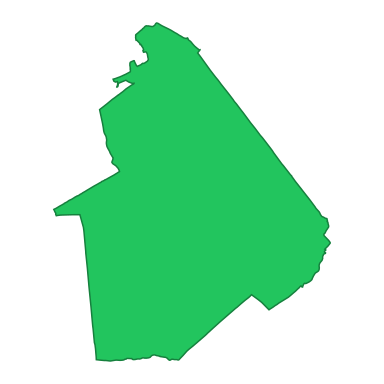 Movileni, Olt, Romania (Mercator projection)
{"feature_id": "2599482B98739710424204", "entity_name": "Movileni", "entity_type": "district", "adm_level": 2, "iso_a3": "ROU", "parent_name": "Romania", "parent_adm1": "Olt", "projection": "mercator", "projection_center": [24.631, 44.384], "detail": "fine", "context": "isolated", "style": "filled", "palette": "green", "viewbox_px": 384, "rotation_deg": 0, "n_neighbors": 0, "source": "geoboundaries", "source_scale": "gbopen_adm2", "svg_char_len": 5833}
<svg xmlns="http://www.w3.org/2000/svg" viewBox="0 0 384 384"><path d="M179.9,358.7L183.0,355.5L186.8,351.2L188.8,349.4L193.7,345.4L197.3,342.3L205.5,335.2L206.8,334.0L207.2,333.5L213.0,328.2L219.4,322.4L235.5,308.4L237.1,307.2L240.8,303.9L245.3,300.1L248.7,297.5L250.2,296.1L251.5,294.7L258.2,299.6L261.2,302.0L262.0,302.7L269.0,309.8L270.1,309.0L273.1,307.1L275.4,305.4L276.7,304.7L278.8,303.1L288.4,297.2L290.7,295.3L293.8,292.6L295.5,291.2L297.5,289.2L299.0,287.9L300.3,286.4L301.0,285.9L301.9,286.9L302.2,287.1L302.7,286.9L302.8,286.0L303.0,285.6L304.0,283.7L304.3,283.4L304.5,283.3L305.2,283.5L305.8,283.5L306.4,283.3L309.2,281.9L310.8,280.7L311.9,279.6L312.4,278.2L313.5,275.9L315.1,273.3L315.7,272.8L317.2,271.9L318.5,270.9L319.1,269.6L319.2,268.8L319.3,267.7L319.1,266.1L319.1,265.6L319.3,264.4L319.6,263.6L320.1,262.7L321.9,260.5L322.2,260.0L322.7,258.3L322.6,257.5L322.7,256.4L323.4,254.8L323.8,254.2L324.5,253.7L325.4,253.4L325.5,252.8L324.9,252.5L324.7,252.6L324.5,252.1L324.5,251.3L325.8,250.0L324.8,249.2L326.9,247.1L328.0,246.0L330.1,243.3L330.2,242.9L330.1,242.5L329.9,242.1L328.7,240.5L324.2,235.8L324.0,235.6L323.9,234.7L323.8,234.4L323.9,234.1L324.1,233.9L325.0,233.1L326.2,230.6L328.5,227.2L328.7,226.2L328.5,225.1L328.1,223.9L328.0,222.9L327.9,222.5L327.8,222.2L327.5,222.0L327.5,221.7L327.2,221.5L327.1,221.3L327.2,221.1L327.4,220.9L327.4,220.6L327.0,219.0L326.9,218.6L326.2,218.4L325.7,218.4L325.3,218.2L323.6,217.2L321.9,216.5L321.3,215.8L320.4,214.4L320.2,214.0L319.9,213.2L319.1,211.8L315.8,208.2L315.7,207.9L315.0,206.8L310.1,200.2L303.1,191.3L302.1,190.0L295.4,181.5L292.1,176.9L291.8,176.5L291.7,176.0L290.7,175.0L289.7,173.8L283.4,165.7L281.9,164.0L273.6,152.7L272.5,150.9L271.4,149.4L265.5,141.7L262.4,137.7L260.2,135.2L254.8,128.0L250.6,122.8L245.3,115.6L243.6,113.3L241.1,110.1L240.5,109.3L240.1,108.8L239.5,108.0L236.5,104.0L234.5,101.7L233.8,100.7L233.1,99.6L228.6,93.7L221.0,84.1L218.3,80.4L215.3,76.8L210.3,70.3L200.3,56.4L197.7,53.0L198.2,52.2L198.9,51.2L199.7,50.5L199.9,49.8L199.5,49.9L199.1,49.8L196.7,47.9L194.6,46.1L192.7,44.0L191.1,42.0L190.3,41.2L188.5,39.9L188.3,39.5L187.9,38.4L187.3,38.5L187.2,38.0L186.5,38.3L185.8,38.4L184.1,38.0L183.2,37.6L181.2,36.3L179.3,35.3L176.6,33.5L175.5,33.0L170.9,30.2L168.2,28.8L162.4,26.0L160.1,24.7L158.3,23.5L157.2,23.1L156.5,23.0L156.2,23.2L155.6,23.8L154.8,25.2L153.0,26.5L151.5,26.5L148.3,25.9L147.4,26.0L146.7,25.8L146.0,25.9L145.2,26.3L144.1,27.4L143.8,27.9L142.7,28.6L142.3,29.2L141.9,29.5L141.8,29.8L141.5,30.1L141.1,30.3L140.9,30.3L140.4,30.6L140.1,31.1L138.5,32.4L137.9,33.0L135.9,34.6L135.6,35.3L135.8,35.8L135.6,37.1L135.6,37.5L135.8,39.0L136.1,40.3L136.9,40.3L137.6,41.1L138.8,42.3L139.1,42.6L139.7,43.4L140.0,44.4L140.2,44.6L140.8,44.4L141.1,44.9L141.3,45.4L141.8,45.8L141.9,46.4L142.6,47.3L143.1,48.1L143.4,49.2L143.6,49.9L143.5,50.0L143.1,50.3L143.0,50.5L142.9,50.7L143.0,50.9L143.5,52.2L143.8,52.3L145.2,51.8L145.8,51.8L146.1,52.1L146.9,53.1L147.3,54.0L147.8,57.0L148.2,58.6L148.3,59.6L147.6,60.8L147.2,61.3L144.2,63.3L143.7,63.4L143.1,63.3L142.7,63.3L141.8,63.9L141.0,64.7L138.0,66.0L137.4,66.4L136.5,65.6L136.1,64.9L135.4,63.5L134.5,61.6L134.4,61.2L134.3,60.8L134.1,60.7L133.7,60.7L131.1,61.8L130.3,62.3L130.2,62.4L129.9,63.5L129.9,65.6L130.2,67.0L130.2,68.0L130.4,68.4L130.4,68.9L130.2,69.0L130.2,69.4L130.4,70.2L130.4,71.2L130.3,71.3L130.2,71.7L130.2,71.8L129.7,72.1L128.4,72.8L125.8,74.2L119.4,77.1L118.4,77.4L115.5,78.5L113.1,79.2L113.8,81.1L114.5,81.6L115.7,82.1L117.4,81.6L117.6,82.1L117.7,82.8L117.6,84.5L117.4,85.4L117.0,86.4L116.9,86.5L116.8,87.0L117.0,87.0L117.5,86.9L117.8,86.5L118.0,86.0L118.4,83.5L119.2,83.0L122.0,81.8L125.2,80.5L125.9,80.3L128.7,82.0L132.1,83.3L132.9,83.4L134.0,83.3L133.9,83.7L133.1,84.3L132.9,84.2L125.9,89.0L122.8,91.7L121.1,92.9L118.3,95.1L118.2,95.0L114.7,97.7L112.4,99.3L106.9,103.9L99.6,109.6L102.5,123.2L103.3,127.7L103.7,130.8L104.1,132.4L104.5,133.5L105.7,135.7L106.2,136.9L106.3,137.6L106.7,140.0L106.4,142.3L106.4,143.7L106.5,144.3L106.8,145.8L107.0,146.6L107.5,147.6L108.2,149.0L109.3,150.9L109.8,152.0L110.0,152.7L110.5,153.7L112.8,157.5L113.1,157.8L112.9,158.7L112.8,159.5L112.7,159.9L112.4,160.6L112.1,161.3L111.9,162.2L112.0,162.6L112.8,163.7L113.7,164.3L114.3,164.7L115.9,165.8L117.3,167.4L118.2,168.4L118.7,169.5L119.1,170.3L119.5,171.5L114.0,175.0L105.5,179.7L104.8,179.9L104.4,180.3L102.8,181.1L101.9,181.4L101.3,182.0L93.8,186.2L86.6,190.5L85.2,191.4L82.7,192.8L81.5,193.7L80.3,194.2L79.6,194.8L78.3,195.6L76.8,196.1L76.0,196.6L74.5,197.4L74.0,197.8L71.4,199.4L69.3,200.3L67.4,201.6L66.9,202.0L64.3,203.3L63.7,204.0L63.1,204.2L61.6,205.1L61.2,205.3L59.7,206.1L58.9,206.6L56.1,208.3L53.8,209.4L55.2,212.4L55.6,212.9L55.8,213.5L55.7,214.0L55.7,214.4L56.3,215.7L56.6,215.6L60.1,215.1L62.6,215.0L73.2,214.7L79.9,214.7L80.9,218.3L83.4,227.3L83.9,230.9L85.7,251.0L85.8,253.1L87.4,268.5L89.0,286.9L91.0,306.9L92.7,325.8L93.1,328.9L94.4,342.7L95.0,344.7L95.5,348.7L96.2,357.0L96.3,359.7L100.0,360.1L104.1,360.5L105.8,360.5L108.5,360.8L109.3,360.9L110.4,361.0L113.5,360.5L115.9,360.1L116.7,360.1L119.5,360.3L120.9,360.3L122.8,360.1L123.9,359.9L125.0,359.2L126.0,359.2L126.5,358.6L126.8,358.5L127.8,358.4L130.9,358.6L131.4,358.5L131.8,358.6L132.1,359.1L132.9,359.5L133.6,359.6L135.1,359.5L137.2,359.0L138.5,358.9L139.1,359.0L139.7,359.0L141.1,358.6L142.5,357.9L143.0,357.8L144.6,358.1L145.6,358.1L146.7,358.1L148.8,357.8L150.1,357.3L151.4,355.9L152.3,355.3L153.5,355.0L154.3,354.9L155.3,355.1L156.6,355.6L158.1,355.8L159.1,356.1L160.3,356.4L160.3,356.6L161.2,356.7L164.3,357.2L165.6,357.3L167.2,358.2L167.5,358.5L168.2,359.3L168.8,359.8L169.4,360.2L169.6,360.2L170.2,360.1L170.6,360.0L170.9,359.7L171.6,359.3L172.8,359.2L174.4,359.6L176.6,359.6L177.0,359.6L177.7,359.9L178.2,360.0L178.9,359.8L179.1,359.6L179.5,359.2L179.9,358.7Z" fill="#22c55e" stroke="#15803d" stroke-width="1.5"/></svg>